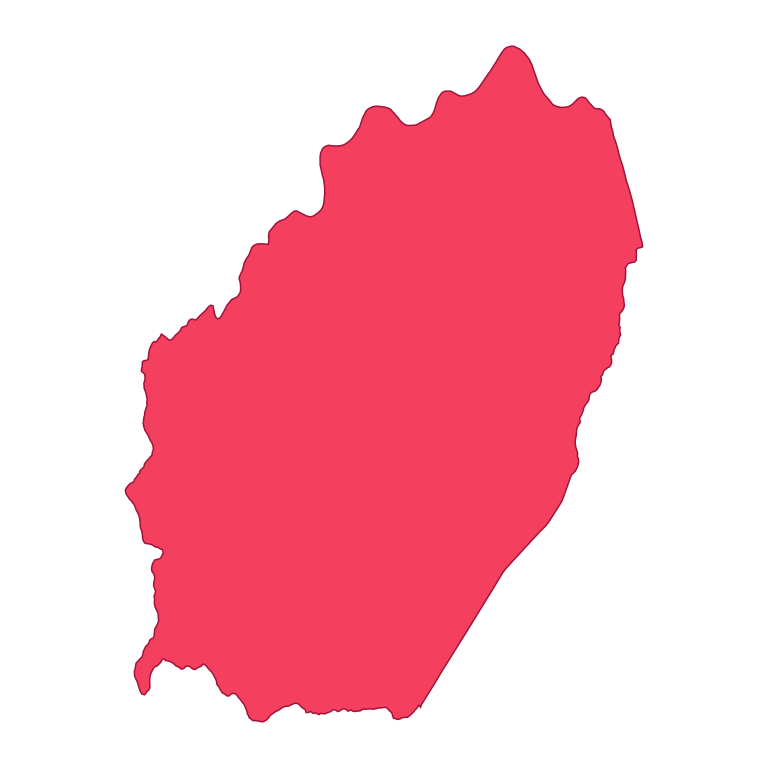 outline of Santa Rita de Cássia, Bahia, Brazil
{"feature_id": "56859067B19428837054572", "entity_name": "Santa Rita de Cássia", "entity_type": "district", "adm_level": 2, "iso_a3": "BRA", "parent_name": "Brazil", "parent_adm1": "Bahia", "projection": "equal_earth", "projection_center": [-44.604, -10.985], "detail": "fine", "context": "isolated", "style": "filled", "palette": "rose", "viewbox_px": 768, "rotation_deg": 0, "n_neighbors": 0, "source": "geoboundaries", "source_scale": "gbopen_adm2", "svg_char_len": 6087}
<svg xmlns="http://www.w3.org/2000/svg" viewBox="0 0 768 768"><path d="M161.4,334.0L160.0,337.0L158.0,339.3L156.5,341.8L154.5,341.5L152.7,342.6L150.9,345.9L149.6,349.1L148.8,353.0L148.1,359.3L146.4,360.4L144.0,360.6L142.4,361.8L142.2,366.0L141.6,368.5L141.4,371.3L144.7,374.2L145.1,378.0L144.7,380.7L143.9,383.1L144.2,388.2L145.8,392.7L147.3,399.7L146.8,401.9L147.0,405.4L144.7,412.3L144.7,414.8L143.9,417.3L143.2,423.6L143.9,427.0L145.0,430.4L148.0,435.2L150.4,440.7L151.8,442.7L153.0,445.7L153.4,449.5L152.3,452.3L152.0,455.1L146.0,461.8L144.4,464.0L144.1,466.8L142.4,468.2L139.7,471.1L139.6,473.4L137.9,474.5L136.6,477.0L134.5,479.3L133.9,481.7L129.9,483.8L126.8,487.2L125.3,490.3L126.0,493.9L129.6,499.2L131.3,500.7L132.5,502.7L134.1,504.6L135.2,507.0L135.8,509.1L138.6,514.5L139.5,517.8L139.9,521.0L140.2,523.4L140.2,525.9L140.8,528.6L141.7,531.1L142.2,533.3L142.7,538.2L143.3,540.8L144.7,543.0L146.9,543.7L149.2,543.9L152.0,544.7L155.8,547.1L157.9,547.2L159.9,548.7L162.3,549.8L163.3,552.2L162.5,554.5L161.3,556.9L159.9,558.6L154.9,559.9L153.3,562.3L152.2,564.9L151.5,568.5L152.0,571.6L153.7,573.7L154.4,575.8L154.7,579.1L154.0,581.3L153.7,583.5L153.6,586.0L155.6,591.1L155.2,593.5L154.0,595.9L154.7,599.3L154.3,603.1L155.1,607.0L158.0,613.2L158.6,621.0L156.7,625.9L155.5,627.4L154.7,629.7L154.0,636.6L152.7,638.4L151.0,638.8L149.6,640.5L148.8,642.9L147.5,644.8L145.7,646.4L143.4,651.3L142.8,654.5L141.9,657.1L140.3,658.5L136.1,663.1L135.1,668.8L134.3,671.6L134.6,676.0L135.9,679.1L137.0,681.1L140.0,690.8L141.7,693.9L144.3,694.8L145.8,693.4L146.9,691.7L148.7,690.1L149.8,687.9L149.9,685.3L149.6,681.9L149.9,677.0L150.8,673.6L151.9,671.3L154.1,667.2L157.2,665.9L161.0,662.0L162.0,659.8L163.8,658.7L165.6,660.6L168.1,660.9L171.2,662.1L173.6,663.5L175.8,665.8L179.1,667.2L180.8,668.9L182.8,668.9L184.4,667.9L185.7,666.5L188.6,665.9L192.8,668.9L194.8,669.6L198.3,667.4L201.0,666.3L203.2,663.9L206.0,665.6L208.1,668.3L212.2,672.6L215.0,677.7L216.4,680.9L217.0,684.7L218.9,686.8L220.2,689.6L222.4,692.9L225.0,694.3L226.9,695.9L229.0,695.9L230.9,694.2L232.8,693.4L235.0,693.6L237.0,695.3L238.2,697.2L240.9,700.2L242.4,702.5L244.0,704.3L246.0,708.8L246.9,711.4L247.4,713.8L248.4,715.5L249.4,718.0L251.1,719.0L252.6,720.5L257.0,720.8L262.7,721.9L264.4,721.2L266.4,719.9L268.5,718.0L270.1,715.5L275.5,711.6L278.0,710.5L283.3,707.1L285.7,706.3L288.2,706.2L292.9,704.0L295.8,703.1L298.3,703.9L300.1,705.4L301.4,707.0L304.0,708.8L305.6,710.2L306.1,712.5L308.1,712.6L310.5,711.5L313.0,713.3L315.6,713.0L319.0,714.6L320.7,713.3L324.5,713.9L326.6,713.0L330.6,711.6L332.8,709.8L335.6,709.9L337.7,711.6L340.4,710.6L342.8,708.8L345.8,709.1L347.7,711.1L349.5,710.7L351.1,709.9L352.6,711.1L354.9,711.5L357.0,711.1L359.2,711.0L361.1,710.5L363.0,709.0L365.5,709.3L369.9,708.8L372.7,709.2L376.5,708.6L378.4,707.9L381.0,707.9L385.5,707.3L387.4,708.4L389.2,710.5L391.7,712.7L393.5,718.3L395.4,718.6L397.4,719.4L399.9,719.0L402.0,717.9L404.5,717.3L407.6,717.3L413.0,712.7L415.0,710.1L417.0,708.0L418.7,705.3L420.5,707.3L421.5,704.6L434.3,684.0L441.9,671.3L467.4,630.4L494.6,586.2L502.5,573.0L505.6,568.9L513.5,560.2L540.1,531.4L546.4,525.1L549.4,521.0L561.3,502.2L562.3,500.1L565.1,492.5L571.4,474.8L575.0,471.5L576.3,469.3L577.8,465.7L578.7,462.3L578.4,458.7L577.2,456.3L577.7,453.7L576.7,449.9L575.7,446.9L575.3,443.7L575.2,440.6L576.4,434.4L576.5,430.9L577.2,427.6L578.6,424.8L580.3,422.2L579.5,418.5L581.5,414.8L583.0,411.2L583.8,407.8L585.5,404.8L587.5,402.2L589.0,399.6L589.3,396.1L590.4,393.2L592.1,392.1L594.7,391.3L596.9,389.7L599.9,385.3L601.2,381.5L601.4,379.0L600.8,376.7L602.1,375.3L604.1,370.5L607.8,367.5L609.5,366.9L610.6,365.2L611.7,362.5L611.4,358.9L610.8,355.7L613.1,354.0L614.1,350.1L615.6,346.2L618.5,343.1L619.0,338.0L620.6,335.1L620.0,332.3L619.7,329.8L620.2,327.6L618.9,325.2L619.7,318.6L619.4,315.4L620.1,313.0L621.7,311.6L623.7,308.4L624.4,305.3L623.9,302.1L623.7,298.8L622.7,295.8L622.3,290.8L622.6,286.8L624.9,281.1L625.4,278.1L625.7,271.4L625.4,267.9L626.6,265.7L628.3,263.4L634.9,261.9L636.4,259.9L636.2,257.7L636.5,255.1L636.2,252.1L636.3,249.7L637.7,248.2L640.8,247.6L642.7,246.7L642.1,242.6L640.6,237.6L638.7,228.3L637.7,224.3L632.1,199.9L629.4,190.2L626.3,180.4L623.2,167.9L619.4,155.8L618.1,150.3L616.1,143.3L613.5,135.8L612.5,130.3L611.4,127.3L610.2,119.5L608.0,117.2L605.3,113.8L603.9,111.4L602.4,110.2L599.8,108.8L596.2,108.8L594.2,108.1L589.1,102.6L587.0,99.7L585.2,97.8L582.0,97.1L579.6,97.7L577.5,99.2L572.1,104.6L568.7,106.5L566.2,107.1L561.7,107.5L557.1,106.6L552.8,104.6L547.9,98.4L544.3,94.4L542.5,91.5L538.3,83.4L531.7,64.3L529.1,59.2L524.3,52.9L519.6,49.0L513.5,46.2L511.5,46.1L506.5,47.5L504.3,49.2L501.2,53.4L495.6,62.7L492.1,68.1L490.9,70.4L488.6,73.3L479.6,86.5L476.1,90.6L472.2,93.4L465.4,95.7L461.5,96.2L458.9,95.6L450.8,91.2L445.3,91.1L442.7,92.2L441.2,93.6L438.5,97.7L436.3,103.4L434.9,108.7L433.2,113.1L431.0,116.4L428.9,118.1L417.3,124.4L415.0,125.2L409.2,125.5L406.8,125.3L404.8,124.5L401.8,122.3L400.3,120.7L397.8,117.5L390.6,109.3L388.2,108.1L384.9,107.1L378.6,106.3L375.5,106.3L372.9,106.6L368.7,108.6L366.1,111.0L362.8,117.5L359.5,127.4L358.1,129.1L355.4,133.7L352.6,137.7L349.5,141.0L344.5,144.5L342.8,145.2L339.2,145.9L334.2,146.0L328.3,145.3L325.4,146.3L322.6,148.5L320.5,153.3L320.1,157.2L320.1,164.8L322.5,175.7L323.6,179.3L324.7,187.8L324.7,193.8L323.8,203.4L322.6,207.1L321.4,209.3L318.8,212.2L313.7,215.9L310.5,216.9L306.6,216.0L296.3,210.8L294.1,211.2L291.1,213.5L288.6,215.9L284.9,219.1L279.8,220.9L276.0,223.5L269.3,231.7L268.5,235.6L268.9,239.5L268.3,244.4L264.2,243.9L257.6,243.9L253.9,245.4L251.9,247.3L248.8,255.3L246.3,258.8L244.2,263.0L242.5,270.1L240.3,274.7L239.0,278.0L240.3,283.0L240.6,286.5L240.6,289.8L240.3,292.0L238.6,295.3L236.8,297.1L231.7,299.5L227.1,305.1L221.6,315.7L219.6,318.2L217.4,318.8L215.9,317.3L214.6,313.9L213.0,305.8L210.7,305.2L208.4,306.8L205.5,310.5L199.9,315.7L195.8,320.1L193.1,319.2L191.4,319.1L189.5,320.1L188.4,321.7L187.0,325.5L181.8,327.4L180.1,330.7L178.3,332.8L175.5,335.1L173.6,337.6L171.2,339.8L169.0,340.0L164.6,336.3L161.4,334.0Z" fill="#f43f5e" stroke="#9f1239" stroke-width="1.5"/></svg>